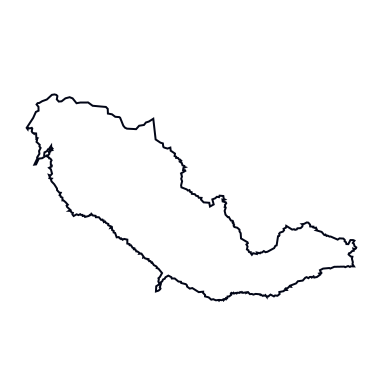 San Pablo, Bolívar, Colombia (Natural Earth projection), rotated 263°
{"feature_id": "7082276B74291160895840", "entity_name": "San Pablo", "entity_type": "district", "adm_level": 2, "iso_a3": "COL", "parent_name": "Colombia", "parent_adm1": "Bolívar", "projection": "natural_earth1", "projection_center": [-74.204, 7.362], "detail": "fine", "context": "isolated", "style": "outline", "palette": "ink", "viewbox_px": 384, "rotation_deg": 263, "n_neighbors": 0, "source": "geoboundaries", "source_scale": "gbopen_adm2", "svg_char_len": 5935}
<svg xmlns="http://www.w3.org/2000/svg" viewBox="0 0 384 384"><g transform="rotate(263 192 192)"><path d="M85.7,230.2L85.8,234.4L85.3,234.1L85.6,235.5L83.6,237.0L83.5,239.0L82.7,240.4L83.1,242.7L82.3,246.5L81.5,247.2L81.9,247.7L80.3,249.5L79.9,249.0L80.6,250.5L80.2,251.7L80.7,252.3L78.8,253.4L79.4,253.5L79.0,254.9L80.6,257.4L78.4,260.6L79.2,261.8L78.6,264.2L80.0,266.5L82.1,266.5L82.4,270.8L83.3,271.9L83.2,273.9L84.6,272.9L85.0,273.4L84.7,274.9L86.3,277.0L85.9,278.6L87.1,278.1L88.6,284.2L90.5,286.2L90.6,291.1L93.1,294.0L93.5,295.4L92.3,297.0L93.3,298.6L93.2,299.9L92.5,300.4L93.5,302.4L92.2,302.9L92.4,305.6L94.4,309.2L95.6,308.4L95.9,311.3L96.3,310.1L98.8,309.5L100.0,312.8L99.8,319.0L99.2,319.9L100.4,324.1L99.4,333.9L98.7,334.9L99.5,337.9L98.4,339.6L98.9,340.5L98.4,343.7L100.9,342.5L102.8,343.1L106.2,342.6L108.2,343.3L108.6,341.8L110.9,339.8L112.0,340.3L112.4,342.0L113.7,343.4L114.0,345.4L116.1,345.2L115.4,346.6L116.1,347.9L117.0,348.3L118.5,346.7L120.7,346.4L121.8,345.4L123.9,347.3L124.6,346.2L125.0,343.4L121.2,340.8L121.5,338.9L123.4,338.7L124.4,337.5L125.7,337.8L127.3,336.6L128.0,332.8L127.0,330.8L130.9,324.2L131.0,323.0L132.2,321.3L132.0,320.3L133.2,319.5L132.8,319.2L133.3,318.0L136.6,315.8L138.9,310.5L139.3,311.4L141.5,310.7L141.3,309.8L142.1,308.0L142.8,308.2L143.4,305.1L145.2,305.2L147.4,303.7L147.8,302.2L146.7,299.4L146.7,297.3L146.1,297.9L144.3,297.3L142.9,295.4L143.1,292.2L142.1,291.4L141.9,289.7L142.6,288.8L142.5,286.8L146.9,281.4L145.2,280.9L144.3,278.4L142.8,278.7L141.6,277.4L141.0,274.5L140.0,273.4L138.6,273.6L137.7,273.0L137.6,272.0L128.7,269.5L128.4,268.2L126.3,266.7L123.5,259.6L123.3,257.6L124.6,256.1L123.4,254.0L123.5,252.6L122.9,252.1L123.8,249.6L123.2,249.9L123.1,248.7L122.6,248.7L123.8,245.2L122.4,243.8L124.4,242.7L125.0,243.0L125.6,241.2L127.3,240.9L128.3,239.5L131.2,240.5L133.3,239.6L134.4,241.2L135.4,240.9L139.9,235.0L145.2,235.3L147.0,234.4L148.9,234.5L151.0,232.6L152.1,229.8L153.4,229.2L154.2,229.8L156.7,228.5L157.3,228.7L157.1,229.2L158.4,228.9L159.0,227.1L162.7,225.5L162.7,224.5L165.4,222.5L169.3,222.1L172.2,223.5L173.1,222.6L173.7,223.2L175.1,223.1L176.7,224.6L177.7,224.2L178.9,221.3L180.6,221.3L180.1,222.2L180.5,223.8L181.3,222.7L184.2,222.6L185.0,218.9L183.6,218.2L184.2,216.1L182.9,214.2L182.2,211.3L177.0,212.0L175.4,208.1L179.2,207.8L180.3,202.3L183.4,200.0L185.0,200.7L185.5,198.0L187.2,197.4L187.7,195.7L189.5,194.5L190.2,191.6L191.9,191.6L192.2,190.3L194.2,189.7L193.9,188.2L195.2,187.1L197.9,182.1L200.0,182.0L203.9,183.5L206.4,182.9L208.5,183.9L209.8,183.6L209.7,183.0L210.2,183.8L211.8,183.4L213.8,187.9L214.5,187.6L214.9,185.8L216.9,186.4L217.4,188.3L217.9,187.3L218.8,187.5L219.6,185.8L222.0,185.4L223.5,183.7L224.3,185.1L225.6,184.1L225.6,183.3L227.4,182.3L227.8,180.4L228.9,180.6L229.8,179.1L232.2,179.8L235.6,175.9L238.7,175.9L238.1,173.0L239.5,169.8L240.4,169.0L243.8,169.0L244.8,166.7L248.6,162.3L269.4,162.5L267.2,157.8L266.6,154.7L264.4,152.5L264.2,147.6L261.2,144.2L262.8,135.2L264.0,133.3L266.2,131.9L274.5,129.7L275.2,128.9L276.0,125.0L278.9,122.0L280.1,118.1L284.8,118.5L286.9,116.9L289.7,103.9L293.5,99.8L294.4,92.0L294.2,88.2L299.5,84.9L301.0,82.1L300.4,77.8L297.9,73.6L298.0,70.8L300.4,69.1L303.6,70.1L304.9,69.2L305.6,67.4L305.5,64.8L301.5,59.2L300.4,54.4L299.0,51.3L299.0,49.6L297.8,48.4L295.3,50.0L291.4,49.6L290.5,46.8L284.9,43.4L275.8,35.7L274.2,36.6L275.6,37.1L274.9,38.7L275.2,40.8L274.5,41.2L271.7,40.3L270.4,40.9L269.0,42.4L269.5,42.7L269.1,44.4L264.9,44.1L264.3,45.2L263.4,44.0L262.7,44.6L260.7,43.8L257.4,46.6L255.8,46.1L254.2,47.1L251.3,45.2L248.5,45.2L245.2,42.5L244.1,42.5L238.4,38.9L238.4,40.6L243.8,44.0L243.8,47.4L245.3,50.5L246.3,49.7L249.3,50.4L250.1,52.8L251.9,54.3L251.7,54.9L255.0,57.8L254.0,57.7L252.1,58.8L251.6,57.2L251.3,58.3L250.8,58.3L251.0,57.4L250.6,57.8L250.6,56.9L250.0,56.6L250.8,56.2L249.8,56.0L249.3,54.8L247.3,55.1L245.5,53.2L246.0,52.5L245.5,51.8L243.6,54.3L242.8,54.3L242.4,55.5L240.6,56.5L239.2,55.5L236.0,55.2L235.5,56.1L234.4,55.8L233.4,53.1L231.7,54.7L227.2,55.3L225.6,53.5L226.3,52.1L224.1,52.7L223.1,52.2L222.4,54.4L221.6,53.5L219.6,53.9L216.5,56.2L211.9,58.4L210.3,58.3L207.5,60.3L207.2,61.6L205.0,60.2L204.4,61.0L203.2,61.1L202.2,62.7L199.5,62.4L199.5,63.2L197.4,65.2L194.5,67.2L193.8,65.9L192.4,66.2L189.0,69.1L188.3,67.6L188.0,69.3L186.4,69.9L185.8,71.2L184.3,70.6L182.6,71.6L183.9,74.7L182.9,76.6L183.6,78.3L182.9,78.8L182.6,80.5L181.5,80.6L181.5,82.4L180.3,82.8L180.8,86.7L181.7,87.8L181.4,88.5L182.6,89.4L180.8,90.7L180.1,93.4L178.7,93.5L178.3,96.5L175.4,98.4L175.5,99.7L174.6,99.9L174.5,100.8L172.9,100.9L173.2,102.2L171.7,102.9L170.5,105.0L169.2,104.8L167.6,107.6L166.3,106.7L166.5,108.2L163.9,108.1L163.0,109.5L161.4,109.3L160.7,110.7L156.2,111.7L156.2,113.8L154.8,114.6L154.7,115.8L153.9,115.9L153.7,117.1L153.1,117.4L153.7,118.9L152.6,122.0L148.7,121.5L147.9,123.6L146.8,123.6L146.5,125.0L143.9,126.2L143.2,127.8L142.2,127.4L141.8,128.8L139.8,129.5L139.7,130.5L137.7,132.7L137.1,132.2L137.0,134.3L134.0,135.9L133.0,135.6L133.2,136.3L131.7,137.5L130.8,140.3L130.3,139.9L129.5,141.0L128.6,141.1L128.5,142.3L126.7,143.2L127.0,143.8L124.1,145.2L122.5,147.5L121.3,148.2L120.8,147.8L119.9,149.4L115.2,152.4L111.6,149.8L110.5,148.2L109.6,148.5L107.3,147.7L104.5,148.5L102.8,145.0L97.7,144.1L98.2,146.8L99.4,148.6L100.2,149.0L101.1,148.4L104.8,150.0L106.1,149.9L106.9,151.5L108.7,152.6L109.2,154.3L110.6,155.3L111.9,158.3L110.0,161.1L108.6,161.4L108.3,164.3L104.8,167.6L104.2,170.1L103.0,170.2L101.3,174.6L100.0,175.6L98.7,175.6L96.4,178.0L96.6,180.6L91.8,186.5L91.7,190.9L90.5,190.7L88.3,192.4L86.8,192.2L85.4,195.7L82.8,198.0L83.0,200.0L81.6,202.5L81.6,205.2L80.9,205.6L81.5,206.2L81.0,208.4L81.6,209.9L80.7,210.2L81.8,211.4L81.4,212.6L82.6,212.9L82.3,214.0L83.9,214.5L83.8,216.1L85.1,218.3L86.6,218.2L87.1,218.9L86.3,220.2L86.9,221.0L86.1,221.5L86.5,223.4L85.9,224.0L86.5,224.8L86.1,226.9L86.8,227.6L86.2,228.9L86.6,229.4L85.7,230.2Z" fill="none" stroke="#020617" stroke-width="2"/></g></svg>